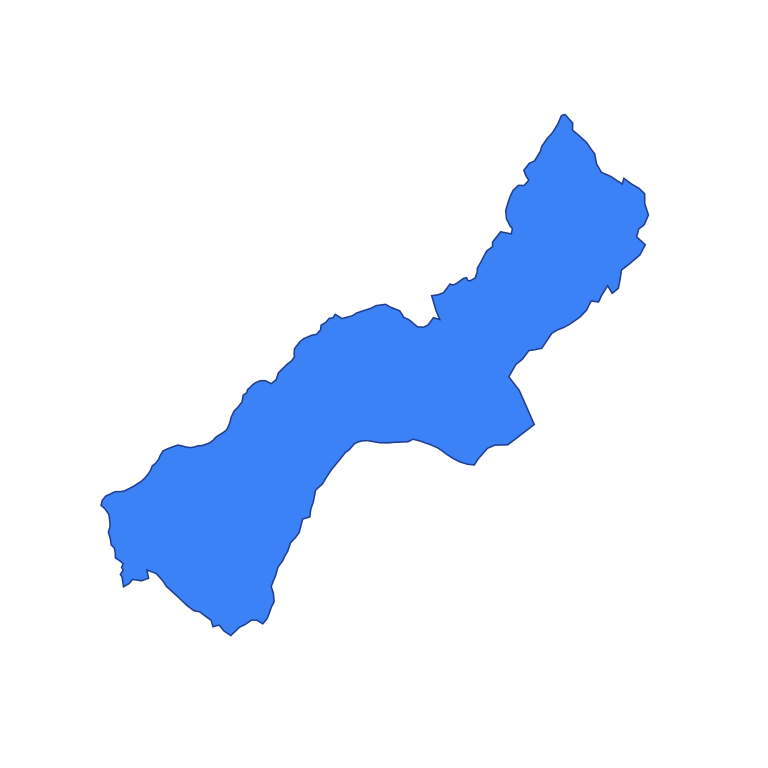 Xerovounos, Nicosia, Cyprus, rotated 40°
{"feature_id": "46923920B79378418277595", "entity_name": "Xerovounos", "entity_type": "district", "adm_level": 2, "iso_a3": "CYP", "parent_name": "Cyprus", "parent_adm1": "Nicosia", "projection": "natural_earth1", "projection_center": [32.72, 35.13], "detail": "fine", "context": "isolated", "style": "filled", "palette": "blue", "viewbox_px": 768, "rotation_deg": 40, "n_neighbors": 0, "source": "geoboundaries", "source_scale": "gbopen_adm2", "svg_char_len": 3387}
<svg xmlns="http://www.w3.org/2000/svg" viewBox="0 0 768 768"><g transform="rotate(40 384 384)"><path d="M494.7,109.4L482.9,108.9L479.5,101.5L481.0,95.0L478.0,84.6L473.2,81.6L467.8,78.2L461.4,70.7L453.6,70.2L444.8,71.7L435.5,72.2L438.0,77.7L424.3,79.2L414.5,82.1L405.2,78.7L397.4,72.2L392.5,71.2L383.7,68.7L371.5,68.3L365.2,68.3L360.8,62.8L349.3,61.2L347.4,64.4L349.9,72.7L351.5,82.8L351.2,91.4L352.1,100.6L354.3,105.7L355.9,116.5L353.4,121.5L353.7,130.4L359.0,133.3L364.0,134.9L363.7,141.9L359.3,145.4L358.4,152.7L359.9,158.7L362.4,165.3L365.6,172.6L371.5,178.7L379.0,181.9L382.5,182.5L385.0,187.2L375.5,192.4L375.9,205.4L378.9,209.1L377.1,216.0L378.5,222.5L379.7,227.8L381.1,235.3L383.5,238.5L385.7,244.4L383.5,249.7L381.9,250.9L378.9,249.5L376.9,252.2L375.9,256.6L374.7,260.9L373.3,263.7L370.3,265.0L370.9,275.8L367.8,281.2L363.7,285.7L371.2,290.7L377.1,294.6L385.3,298.7L379.2,301.4L379.8,310.6L377.8,315.1L372.8,318.7L367.5,318.7L361.9,318.7L356.3,320.2L352.7,319.0L348.9,317.8L344.5,319.3L338.9,321.1L333.9,322.0L327.4,329.2L325.4,334.2L317.4,347.1L316.0,351.9L309.8,360.8L301.8,362.0L302.4,366.2L299.8,368.9L299.8,374.0L298.0,379.4L300.6,383.3L300.4,389.2L297.1,393.4L295.6,396.4L293.3,400.9L292.4,405.7L292.7,414.3L295.3,418.2L298.0,420.9L298.3,426.0L297.1,431.1L295.9,443.3L298.6,449.9L297.4,456.2L290.9,457.7L287.1,461.0L284.7,465.7L283.9,468.7L283.6,472.9L283.0,475.9L284.5,478.9L283.3,483.1L286.7,488.8L287.0,495.9L286.5,501.0L288.4,508.1L290.1,511.4L291.4,514.4L292.9,520.4L291.9,525.0L289.9,530.7L289.3,533.6L289.3,536.8L288.4,540.6L286.8,543.7L284.2,548.1L281.4,550.6L279.3,554.0L276.5,557.3L272.2,559.8L268.6,561.5L265.2,563.4L260.6,571.3L257.7,577.3L258.5,582.6L259.7,586.2L260.0,591.6L259.1,595.8L260.6,600.0L261.2,604.5L261.2,609.9L260.6,614.9L259.4,618.2L257.9,623.3L255.6,628.7L253.8,632.9L251.5,635.6L247.3,639.2L242.9,648.7L242.9,654.1L245.3,658.9L249.7,658.9L253.8,659.8L257.4,661.0L260.3,663.7L263.2,666.4L265.6,669.1L268.2,674.7L274.2,678.8L278.4,682.6L282.7,683.0L286.5,685.9L290.0,689.9L295.1,689.3L299.7,689.3L300.8,693.2L303.8,694.1L304.4,699.3L307.4,700.3L310.8,703.3L314.8,706.8L317.0,700.9L317.0,695.3L324.8,690.6L328.5,684.1L322.0,678.9L331.2,675.6L341.3,677.0L347.3,678.9L360.2,679.4L375.4,680.3L384.1,679.9L389.2,677.0L397.9,676.6L403.4,676.1L409.0,679.9L412.6,674.7L420.5,676.1L428.3,675.2L429.7,663.0L432.4,657.0L434.3,649.9L438.4,646.7L445.3,645.7L445.3,639.2L443.9,634.5L441.2,627.5L439.8,621.4L433.8,615.4L427.8,611.6L426.0,606.5L424.1,600.4L420.5,592.5L420.0,584.5L418.6,579.4L417.7,573.8L414.5,565.8L414.9,557.9L414.5,552.3L408.5,539.7L412.6,533.6L408.5,527.1L405.3,519.1L399.8,509.3L401.1,500.0L399.8,492.0L398.8,482.7L398.7,469.9L398.4,461.6L399.6,457.1L399.8,448.4L401.6,444.8L403.7,441.8L407.8,437.9L411.9,435.6L419.0,431.4L425.5,426.0L429.0,422.4L439.6,412.8L441.6,407.8L447.5,404.8L454.0,402.4L457.8,400.9L465.8,398.5L470.5,397.9L476.4,397.6L484.6,396.7L492.3,394.9L499.3,391.9L505.2,388.0L504.3,380.3L504.6,366.8L508.2,359.6L517.9,351.0L520.5,339.6L525.1,318.4L509.4,310.6L491.6,301.9L475.0,298.3L472.5,284.4L474.1,275.8L473.5,265.3L477.2,261.2L481.9,255.2L480.0,237.4L482.0,231.4L485.4,225.0L487.8,219.0L489.8,211.6L491.2,206.1L491.7,197.2L489.3,187.3L495.6,183.3L493.7,175.9L492.2,165.0L500.5,167.9L502.0,160.0L497.6,152.1L492.7,144.1L494.7,134.7L497.1,120.8L494.7,109.4Z" fill="#3b82f6" stroke="#1e3a8a" stroke-width="1.5"/></g></svg>